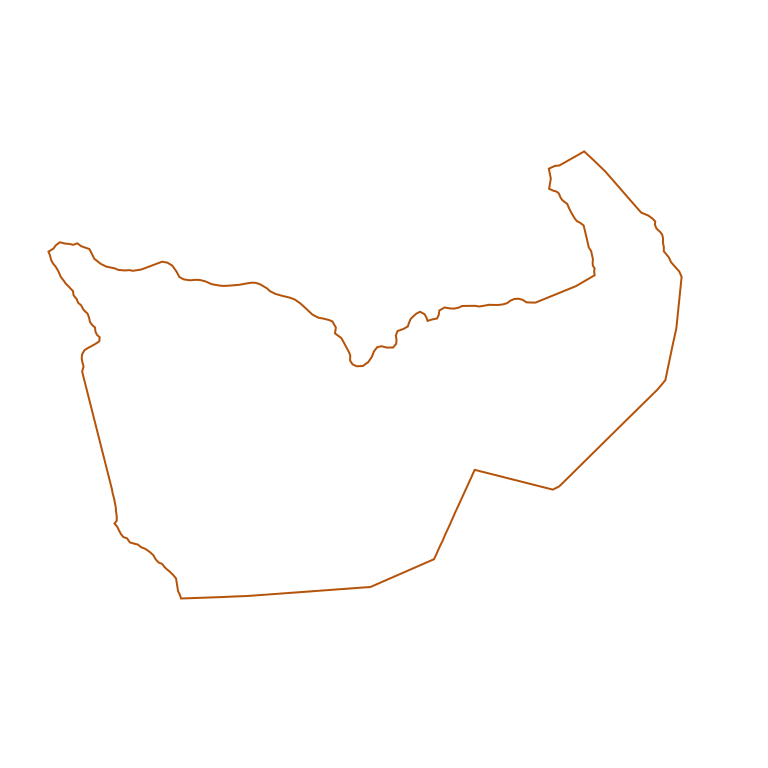 the district of Tabocas do Brejo Velho, Bahia, Brazil, rotated 261°
{"feature_id": "56859067B87855923049420", "entity_name": "Tabocas do Brejo Velho", "entity_type": "district", "adm_level": 2, "iso_a3": "BRA", "parent_name": "Brazil", "parent_adm1": "Bahia", "projection": "robinson", "projection_center": [-44.092, -12.505], "detail": "fine", "context": "isolated", "style": "outline", "palette": "amber", "viewbox_px": 768, "rotation_deg": 261, "n_neighbors": 0, "source": "geoboundaries", "source_scale": "gbopen_adm2", "svg_char_len": 3401}
<svg xmlns="http://www.w3.org/2000/svg" viewBox="0 0 768 768"><g transform="rotate(261 384 384)"><path d="M343.8,662.5L377.3,675.2L393.1,681.4L443.2,694.7L449.0,693.2L459.5,686.5L464.6,685.1L468.0,683.1L471.4,681.1L475.2,681.8L480.1,681.6L484.2,682.4L488.0,682.1L491.2,680.4L495.0,677.4L499.0,676.5L502.2,677.3L505.5,675.0L509.1,671.3L510.8,668.5L513.0,664.9L516.7,662.5L559.0,636.0L572.2,626.1L582.4,618.1L576.4,602.1L574.5,597.1L572.4,591.3L572.7,587.0L570.9,580.5L565.6,580.7L560.8,580.9L555.5,579.1L551.0,577.6L548.4,581.5L547.1,584.5L544.7,586.6L541.3,587.3L538.3,588.5L535.9,590.5L533.2,593.1L528.3,594.4L524.7,595.5L521.1,596.9L517.4,598.4L514.6,600.1L512.7,602.8L509.3,606.0L495.0,607.1L486.9,607.6L482.8,609.4L478.8,609.6L474.8,609.9L471.4,609.1L468.3,608.8L465.2,610.1L462.2,609.1L458.5,609.1L450.6,588.8L440.7,546.4L441.5,541.7L442.4,537.5L445.4,534.2L447.1,530.5L447.6,526.1L446.6,522.0L444.6,518.3L444.0,513.6L444.2,509.4L444.9,504.9L445.8,500.3L445.7,496.7L445.6,490.4L447.0,486.0L448.0,479.3L448.8,473.4L447.7,469.3L447.5,465.3L448.3,461.0L450.1,455.9L448.0,450.2L443.5,448.8L440.4,446.6L440.2,441.2L439.5,436.9L442.7,436.4L446.6,435.0L449.7,430.9L448.5,427.0L446.6,424.1L444.2,420.6L440.2,418.1L437.2,416.6L435.4,412.1L434.2,405.7L430.1,403.3L425.9,403.3L421.9,402.4L418.6,398.7L419.6,392.2L421.7,387.4L421.5,383.1L417.8,379.2L412.8,376.3L408.1,371.9L405.1,365.8L405.8,359.8L408.3,356.0L412.5,354.2L417.4,355.1L420.7,354.5L427.2,352.2L430.4,351.1L436.1,349.0L441.7,343.5L447.3,345.3L453.9,342.8L455.9,339.5L458.1,334.3L459.8,329.5L463.8,324.1L469.9,319.4L476.7,314.0L481.4,309.1L484.0,304.5L486.9,297.5L490.0,290.8L493.7,285.7L496.7,283.5L501.9,277.2L504.1,272.8L504.8,268.7L504.8,263.2L504.6,256.6L505.4,246.1L506.0,240.6L507.1,236.5L509.5,229.5L513.2,223.8L515.6,218.3L516.4,213.9L516.8,208.4L518.7,202.5L521.7,198.6L527.6,196.6L534.2,193.3L537.8,188.9L539.5,184.0L537.8,175.6L535.8,166.0L535.0,161.6L535.1,153.6L536.3,150.3L536.7,145.8L538.2,139.6L540.5,135.8L543.3,128.2L547.0,123.0L553.1,117.4L560.0,115.3L563.4,114.1L565.2,110.7L567.4,106.6L570.9,103.1L570.1,98.8L571.6,95.0L572.6,90.9L574.7,86.0L572.5,81.8L569.4,78.6L567.2,73.3L563.3,74.2L558.1,74.7L554.7,76.0L551.2,78.1L546.0,80.1L540.3,81.5L536.6,83.6L532.9,85.4L530.2,87.4L527.1,89.5L524.5,91.3L520.1,91.3L516.0,93.7L512.1,94.6L508.9,97.3L504.5,98.7L499.7,102.3L495.3,103.1L491.4,103.3L488.0,104.9L485.1,107.4L480.8,107.2L477.5,108.2L474.6,110.5L470.8,109.5L469.1,106.1L467.2,101.1L465.9,97.3L464.3,93.5L460.5,90.4L456.4,89.4L452.9,89.5L448.3,90.0L443.5,87.8L322.8,98.8L318.3,98.9L313.1,99.5L308.5,99.6L303.8,99.8L300.6,99.4L295.3,99.3L290.9,98.7L288.3,96.0L285.0,98.1L280.7,99.4L276.8,100.8L273.6,102.6L271.7,106.1L267.3,108.2L265.3,112.5L263.9,115.8L260.7,118.7L258.7,122.2L256.3,124.8L253.8,127.2L250.6,129.6L246.8,130.9L243.1,133.3L240.9,136.8L237.8,138.4L235.1,140.4L232.4,142.9L228.2,146.0L224.4,148.2L219.9,148.2L215.3,148.2L211.5,148.2L207.9,149.3L203.9,150.0L198.7,192.4L197.6,202.5L196.0,215.7L186.2,332.4L185.6,338.7L203.1,405.9L207.8,409.2L210.7,411.0L215.4,414.1L219.9,417.3L223.1,419.3L225.7,420.9L229.1,423.2L234.0,426.5L238.8,429.6L242.8,432.2L245.4,433.8L249.1,436.3L253.4,439.2L259.0,442.9L262.9,445.5L266.7,448.0L272.2,451.7L275.6,453.9L278.2,455.7L281.9,458.0L285.0,460.2L253.3,534.2L255.5,541.1L257.9,544.5L312.1,620.1L336.0,653.6L343.8,662.5Z" fill="none" stroke="#b45309" stroke-width="2"/></g></svg>